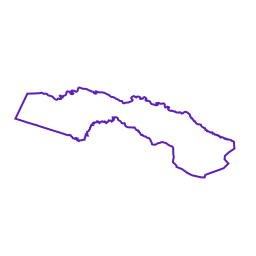 Logone-Et-Chari, Extrême-Nord, Cameroon (Equal Earth projection), rotated 295°
{"feature_id": "32672807B53801841297301", "entity_name": "Logone-Et-Chari", "entity_type": "district", "adm_level": 2, "iso_a3": "CMR", "parent_name": "Cameroon", "parent_adm1": "Extrême-Nord", "projection": "equal_earth", "projection_center": [14.713, 12.015], "detail": "fine", "context": "isolated", "style": "outline", "palette": "violet", "viewbox_px": 256, "rotation_deg": 295, "n_neighbors": 0, "source": "geoboundaries", "source_scale": "gbopen_adm2", "svg_char_len": 5904}
<svg xmlns="http://www.w3.org/2000/svg" viewBox="0 0 256 256"><g transform="rotate(295 128 128)"><path d="M138.2,234.0L140.5,228.7L143.7,227.6L149.2,230.0L154.3,233.2L160.3,229.7L160.3,229.4L160.4,228.3L160.1,227.8L160.4,227.1L160.5,225.3L160.0,223.8L159.8,223.6L159.9,223.0L159.7,222.5L159.4,222.4L159.3,222.1L159.9,221.0L159.7,220.6L159.1,220.4L159.1,220.0L159.5,218.6L159.5,217.9L159.2,216.2L158.6,216.0L158.4,215.8L158.5,215.4L159.3,214.4L159.4,214.1L159.1,213.6L159.2,213.1L159.1,212.9L159.5,212.5L159.5,212.1L159.0,211.3L159.2,210.8L159.1,210.3L158.7,209.8L158.7,209.4L159.2,208.4L159.2,208.1L159.1,207.7L158.6,207.2L158.8,206.9L159.6,206.4L159.7,206.0L159.6,205.7L158.9,204.9L158.7,204.4L159.0,202.3L158.9,202.0L158.5,201.4L158.5,200.9L158.8,200.7L159.2,200.5L159.3,200.0L159.0,199.1L159.1,198.7L160.2,198.2L160.4,197.8L160.1,196.7L160.3,195.9L160.4,195.0L160.4,194.9L160.6,194.1L160.9,193.5L161.7,192.8L161.8,192.5L160.9,189.5L160.9,188.2L161.8,186.9L161.8,186.2L162.3,185.8L162.1,185.0L162.7,184.3L163.1,182.8L163.9,182.3L163.8,181.1L164.3,180.8L164.5,179.7L166.4,178.3L166.4,177.5L167.1,175.5L167.1,173.5L166.7,172.8L166.0,172.2L164.3,171.3L164.0,171.0L163.8,170.4L164.2,169.6L164.2,168.2L163.9,167.9L163.4,167.6L163.2,167.3L163.1,166.3L162.6,165.4L162.5,164.8L162.9,163.5L162.4,162.8L162.3,161.0L162.0,159.9L161.7,159.8L161.4,158.2L161.4,157.7L161.7,156.7L162.0,156.3L162.4,156.1L162.8,156.1L163.5,156.5L163.9,156.6L164.1,156.4L164.2,156.0L163.9,154.6L163.0,154.0L162.6,153.6L162.5,153.2L162.6,152.7L163.1,152.1L163.5,151.9L164.2,151.8L164.8,151.4L165.3,150.5L165.4,150.0L165.2,149.5L164.0,148.0L163.7,147.1L163.6,146.1L163.7,145.1L163.6,144.7L163.0,144.2L162.4,143.2L162.2,143.4L162.3,144.1L162.1,144.9L162.0,145.1L161.6,145.2L161.2,145.0L160.6,144.2L160.4,143.4L160.2,141.3L159.8,140.3L159.7,139.5L159.9,138.4L160.2,137.9L160.8,137.5L161.1,137.2L161.3,136.6L161.2,135.0L160.5,133.3L160.4,132.8L160.5,132.3L160.7,132.1L161.2,132.0L161.8,132.4L162.1,132.4L162.7,131.5L163.0,130.4L163.0,130.0L162.7,129.5L162.3,129.2L160.9,129.0L160.6,128.7L160.2,127.7L159.7,127.4L159.5,127.0L159.6,126.7L159.8,126.5L160.5,126.6L160.7,126.4L161.1,125.2L160.6,123.5L160.2,122.9L159.1,122.5L159.4,120.2L159.4,119.8L158.5,118.9L157.2,118.2L156.5,118.2L156.1,118.7L155.7,119.9L155.3,120.1L155.1,120.4L154.1,120.2L153.4,119.6L152.6,118.6L152.0,118.1L151.6,118.0L149.4,114.4L148.8,114.2L148.5,113.3L148.6,112.6L149.5,111.8L149.9,111.2L149.2,109.4L149.1,108.9L149.5,107.7L149.6,106.9L149.4,105.6L149.8,102.1L149.1,99.2L149.7,97.4L149.9,96.4L149.7,95.3L149.9,91.6L149.4,89.6L148.1,86.8L147.9,85.5L147.8,83.7L147.5,83.1L147.1,83.2L146.4,84.5L145.9,84.7L145.3,83.9L145.2,83.3L145.4,82.3L146.1,81.1L145.6,79.2L145.9,78.1L145.6,76.6L145.8,74.5L145.6,73.2L144.7,71.0L144.4,69.7L144.2,67.3L144.1,66.7L143.2,66.1L141.1,66.5L139.6,66.4L139.1,66.0L138.9,65.5L138.9,63.5L138.6,62.2L138.2,61.3L137.8,61.0L137.6,61.0L137.0,61.4L136.5,63.1L136.1,63.9L135.7,63.8L135.3,63.5L134.8,62.5L134.8,61.7L135.8,59.9L136.1,59.0L135.6,57.8L134.8,57.1L134.3,57.2L133.5,57.5L131.6,57.6L130.9,57.1L129.6,55.7L129.0,55.6L128.5,55.8L128.4,55.0L128.7,53.7L128.8,52.9L128.5,52.6L128.2,52.8L127.0,54.8L126.5,55.2L125.9,54.9L125.4,53.8L125.2,52.3L124.9,52.0L124.1,52.0L123.6,51.5L123.3,51.1L123.3,49.9L123.6,48.5L124.1,47.1L124.4,46.8L124.5,46.0L124.2,43.4L123.8,41.8L124.0,41.2L124.5,40.8L124.6,40.5L124.5,39.5L124.1,38.2L123.6,37.8L123.3,36.6L123.5,35.6L123.4,34.6L122.8,34.0L122.0,32.8L118.9,27.0L118.6,26.3L116.6,22.3L88.9,22.0L89.9,30.1L90.0,30.4L90.2,31.9L90.2,32.9L91.2,39.4L91.3,40.9L91.8,42.8L92.2,47.0L93.2,54.5L93.3,55.7L93.6,57.4L93.7,58.5L95.1,68.8L95.1,69.6L95.6,72.4L95.7,74.1L96.1,76.6L96.6,77.5L96.9,77.7L97.1,78.0L97.0,78.4L97.1,79.3L96.6,79.7L96.3,81.2L95.7,81.8L95.4,82.4L95.8,83.6L95.7,84.5L95.9,85.0L96.6,84.8L96.9,84.8L97.1,85.2L96.7,85.7L97.0,86.6L96.3,86.5L96.2,87.0L95.5,87.1L95.4,87.4L95.8,88.0L95.3,88.7L95.3,89.0L96.4,89.4L97.2,91.1L98.4,92.2L98.6,92.5L98.8,93.3L99.1,93.6L101.0,93.0L101.3,93.2L102.2,92.8L103.2,92.7L103.5,93.0L104.1,94.6L104.5,94.1L104.1,93.1L104.5,92.6L105.0,93.9L105.3,93.9L106.6,92.6L107.0,92.5L108.6,93.6L109.7,93.5L110.5,93.9L111.0,93.9L112.5,93.4L113.6,93.8L114.2,93.5L114.7,93.4L115.2,93.5L115.5,93.9L115.8,94.9L116.5,94.0L117.1,94.0L117.4,94.3L117.8,95.1L118.5,94.6L118.7,94.8L118.5,95.5L119.0,95.8L119.4,96.5L120.0,96.9L120.9,97.0L121.3,98.4L121.2,98.5L120.5,98.4L120.5,98.6L120.7,99.0L120.7,99.4L120.5,100.0L121.3,100.1L121.7,100.9L122.4,101.0L123.2,101.8L123.1,103.0L123.5,104.5L124.0,103.9L124.1,104.0L123.8,105.3L123.3,105.7L123.2,106.2L124.8,106.8L125.0,107.1L126.8,107.4L126.7,108.1L127.1,108.6L127.7,109.8L127.1,110.3L127.0,110.5L128.3,110.9L128.4,111.4L128.9,111.6L129.3,111.6L129.3,111.0L129.5,110.8L129.8,110.6L130.1,110.8L130.2,110.4L130.6,110.6L131.2,109.8L131.8,110.8L131.6,111.5L132.4,112.0L132.7,112.9L132.8,113.8L132.7,114.3L131.2,115.8L131.0,116.4L131.0,117.9L130.8,118.7L129.9,120.1L129.9,120.5L130.0,121.4L130.8,122.6L130.7,123.3L130.3,123.7L129.4,124.1L128.7,125.1L128.7,125.9L128.5,126.6L128.6,127.6L130.3,131.7L130.5,132.5L131.0,132.9L131.2,133.6L131.2,133.9L130.4,135.0L129.8,136.3L129.8,136.9L130.1,138.3L130.1,138.5L129.9,138.8L129.3,139.4L129.0,140.0L128.9,139.8L128.5,140.9L127.4,142.4L127.3,142.9L127.3,143.3L127.7,143.8L127.9,144.0L127.3,145.3L127.3,146.1L127.7,147.5L127.4,148.7L127.3,149.9L127.7,151.3L127.5,151.9L126.8,153.2L126.4,153.8L125.7,154.2L124.7,155.7L123.8,156.3L123.4,156.7L123.4,157.5L124.2,159.3L124.9,160.3L126.4,161.2L127.3,162.1L128.1,163.3L129.2,164.1L129.5,164.9L129.9,165.5L130.2,167.6L130.3,168.6L130.4,168.9L129.9,171.3L129.7,173.6L129.9,175.2L129.7,176.4L129.1,177.2L128.2,177.9L125.1,179.2L120.5,182.0L117.0,182.7L115.9,183.4L115.7,183.8L115.2,185.8L114.6,187.2L113.8,188.3L113.2,188.5L113.6,194.3L112.4,200.5L112.2,206.0L114.1,214.7L115.5,218.3L118.2,217.9L132.0,231.7L138.2,234.0Z" fill="none" stroke="#5b21b6" stroke-width="2"/></g></svg>